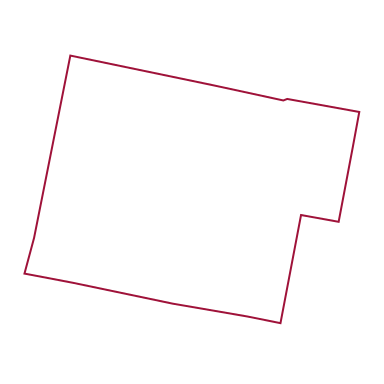 Harrison, Ohio, United States of America, rotated 189°
{"feature_id": "52423323B91604440598292", "entity_name": "Harrison", "entity_type": "district", "adm_level": 2, "iso_a3": "USA", "parent_name": "United States of America", "parent_adm1": "Ohio", "projection": "mercator", "projection_center": [-81.155, 40.296], "detail": "fine", "context": "isolated", "style": "outline", "palette": "rose", "viewbox_px": 384, "rotation_deg": 189, "n_neighbors": 0, "source": "geoboundaries", "source_scale": "gbopen_adm2", "svg_char_len": 335}
<svg xmlns="http://www.w3.org/2000/svg" viewBox="0 0 384 384"><g transform="rotate(189 192 192)"><path d="M40.2,261.6L39.3,297.2L112.5,298.8L116.1,296.7L187.2,300.7L333.5,307.7L340.8,122.0L344.7,85.2L295.5,83.7L193.6,78.7L117.9,77.7L84.1,76.3L80.7,186.3L42.5,185.5L40.2,261.6Z" fill="none" stroke="#9f1239" stroke-width="2"/></g></svg>